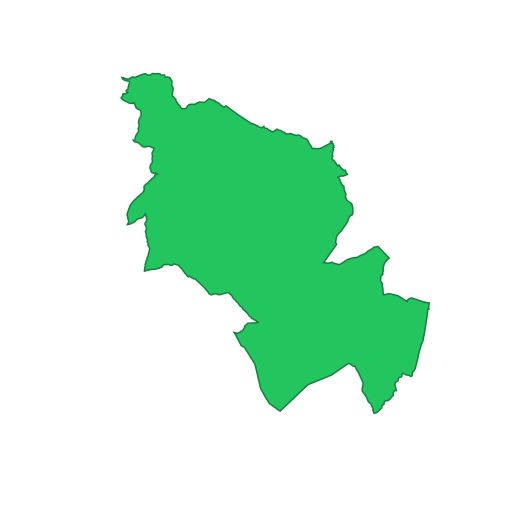 Juan N. Méndez, Puebla, Mexico, rotated 201°
{"feature_id": "50627088B59509159162106", "entity_name": "Juan N. Méndez", "entity_type": "district", "adm_level": 2, "iso_a3": "MEX", "parent_name": "Mexico", "parent_adm1": "Puebla", "projection": "mercator", "projection_center": [-97.745, 18.541], "detail": "fine", "context": "isolated", "style": "filled", "palette": "green", "viewbox_px": 512, "rotation_deg": 201, "n_neighbors": 0, "source": "geoboundaries", "source_scale": "gbopen_adm2", "svg_char_len": 6106}
<svg xmlns="http://www.w3.org/2000/svg" viewBox="0 0 512 512"><g transform="rotate(201 256 256)"><path d="M445.0,374.5L444.4,373.8L443.2,373.1L440.2,373.0L437.7,373.5L436.8,373.5L436.4,372.9L436.2,372.1L435.8,367.8L435.3,366.0L436.4,364.2L436.1,363.1L434.2,362.6L436.2,360.7L438.3,359.7L437.9,357.4L438.2,356.4L438.7,355.8L438.4,355.1L435.6,353.9L428.9,353.3L426.4,354.0L425.0,354.7L425.0,355.0L424.5,355.3L421.4,351.7L420.4,351.1L419.3,350.8L416.7,350.8L415.9,350.3L414.8,348.9L413.6,346.0L414.1,342.4L414.0,340.0L413.5,338.4L412.0,336.4L411.7,335.6L411.7,333.0L410.2,329.9L410.9,327.7L411.4,324.1L410.8,322.3L410.7,321.1L411.2,320.4L412.1,320.2L410.5,319.1L409.8,319.1L408.3,319.6L407.6,319.4L406.1,319.6L401.6,317.6L400.4,317.5L398.5,318.0L396.2,319.8L394.1,320.5L392.8,319.9L391.6,320.0L390.5,320.4L389.8,319.4L389.6,318.4L389.9,315.1L389.6,314.0L388.5,312.4L387.8,309.3L386.5,307.1L386.4,305.7L387.1,303.3L387.1,302.4L386.5,300.2L383.8,296.9L383.1,296.5L381.3,296.5L379.8,297.4L377.5,297.2L378.9,296.1L379.5,295.0L379.0,293.6L381.0,290.7L381.4,289.2L382.1,288.1L383.3,285.2L384.8,283.1L385.4,281.2L385.3,280.3L383.9,277.2L384.8,273.8L387.6,268.7L390.0,263.5L391.6,258.5L391.4,248.8L387.1,242.3L387.3,239.2L384.2,241.3L383.5,242.5L382.0,243.5L380.5,246.6L380.2,247.9L376.0,250.9L375.0,253.1L374.3,255.8L370.9,251.1L370.8,249.6L371.2,247.9L371.2,246.0L368.8,243.6L368.3,242.8L367.9,241.8L368.0,239.2L366.3,237.1L365.6,235.2L364.6,233.8L363.0,232.2L362.6,230.1L361.6,229.5L360.6,228.4L361.0,228.0L360.8,227.5L358.5,225.5L357.9,224.6L357.2,220.7L357.1,218.4L356.7,217.0L357.1,215.5L356.6,214.1L356.8,213.1L356.4,208.6L355.7,206.4L355.6,204.7L355.1,203.8L355.0,202.1L354.2,202.0L352.8,203.5L348.4,206.2L346.6,206.8L344.2,208.3L343.3,209.3L342.0,210.0L340.0,211.8L339.2,214.7L334.9,216.6L331.5,216.9L329.4,219.4L327.2,219.4L325.0,219.7L323.8,218.8L320.7,217.4L315.6,214.1L314.7,213.9L312.9,212.7L311.5,212.3L311.0,213.2L305.9,212.3L304.9,212.9L294.5,208.7L288.2,205.4L286.2,203.9L285.3,203.7L283.8,203.7L280.2,206.5L277.2,206.4L276.1,206.8L269.4,211.7L267.9,211.7L264.9,210.6L261.6,208.2L258.8,207.0L257.8,206.3L256.4,206.0L253.1,203.7L250.5,203.0L249.7,202.0L248.4,201.4L244.4,200.0L240.4,197.4L238.8,197.3L237.9,196.4L237.1,196.2L235.9,196.1L234.9,195.8L233.0,195.7L231.9,195.2L230.6,195.3L229.5,194.9L230.3,194.9L232.1,193.6L239.7,190.2L239.9,189.1L241.3,186.9L241.1,185.9L241.4,183.0L242.0,181.4L243.0,180.3L243.9,178.8L245.5,177.3L249.0,176.7L247.1,175.4L237.8,167.1L233.9,166.5L218.1,154.5L204.2,134.0L197.0,127.9L190.4,123.0L177.9,119.8L161.4,154.5L142.8,172.0L131.4,188.6L129.4,189.0L126.4,188.1L125.5,188.0L124.5,188.4L123.5,188.0L121.4,185.9L119.6,184.8L111.0,176.4L110.2,175.2L109.3,170.1L108.4,168.0L102.4,163.9L98.9,160.2L95.6,158.8L91.9,155.3L91.8,154.0L89.3,151.4L87.0,153.3L86.3,154.6L85.6,156.3L84.2,159.0L84.2,159.8L84.7,160.9L84.6,161.8L83.3,163.5L83.9,164.7L83.7,166.2L82.9,167.6L81.3,168.1L80.2,169.1L77.9,175.4L78.7,177.3L78.7,179.5L78.1,180.0L76.9,180.4L76.8,180.7L77.7,182.1L80.2,185.5L80.5,187.4L80.1,188.5L78.7,190.5L79.2,192.3L79.2,193.3L78.7,193.9L77.0,195.2L76.8,195.6L77.3,198.1L77.1,198.8L76.0,199.3L73.7,198.8L70.5,199.4L68.4,199.0L67.6,199.6L67.3,200.7L68.2,204.1L67.4,205.8L67.0,208.0L68.4,219.5L68.9,221.3L69.8,231.6L69.8,238.1L70.2,238.8L71.2,244.9L74.7,261.1L75.9,265.9L76.6,267.8L75.5,268.3L76.5,270.2L77.4,274.2L82.0,273.4L81.9,273.1L85.9,273.1L95.7,272.6L96.9,271.8L98.0,270.5L98.8,269.0L98.7,267.6L108.4,269.7L110.3,269.7L118.2,268.6L119.9,267.6L121.9,265.9L123.3,265.6L126.2,271.6L126.9,272.5L127.9,275.3L129.5,276.6L130.7,277.2L131.8,280.8L132.2,281.4L131.9,282.7L131.1,283.8L131.0,284.6L131.6,285.3L132.0,288.6L133.2,290.8L133.4,295.1L133.0,297.2L132.3,299.0L130.8,301.7L145.5,308.6L146.5,308.3L147.0,307.5L148.7,306.8L149.2,306.3L149.8,304.7L153.3,300.7L154.2,298.5L155.3,297.0L158.7,293.9L160.8,291.1L162.9,290.1L165.7,288.4L168.3,286.4L170.1,284.5L174.4,278.4L175.7,277.7L180.1,277.2L182.9,277.4L186.0,275.0L188.1,274.7L190.5,273.9L184.9,295.9L186.7,297.4L187.7,303.0L187.6,304.1L186.9,306.5L185.3,310.2L182.8,320.7L183.0,326.3L181.0,328.9L180.8,329.6L181.0,331.0L182.9,335.6L185.2,338.9L187.2,339.7L187.9,339.6L190.2,340.2L190.9,340.4L192.4,342.1L193.1,342.3L193.6,343.2L194.1,345.7L198.0,350.3L198.7,352.3L199.1,352.6L200.6,352.9L203.8,355.7L205.3,357.6L206.8,358.6L207.7,358.9L206.0,360.7L202.6,362.3L199.9,364.9L200.9,365.7L201.5,365.7L203.3,368.2L204.5,367.4L206.1,367.9L208.3,368.8L211.2,370.7L212.1,369.4L216.9,372.8L218.8,373.4L220.3,374.5L220.6,375.3L219.9,376.3L220.6,377.2L221.3,379.4L221.6,380.6L221.8,383.1L222.9,384.4L222.1,385.4L222.6,385.9L223.0,387.2L224.0,387.3L224.3,388.4L225.9,388.5L225.6,389.8L226.0,390.2L227.5,389.8L226.9,388.0L234.2,379.7L237.0,378.2L240.0,377.4L242.0,376.4L242.4,376.7L242.8,377.4L245.6,379.4L250.1,383.1L252.7,383.4L254.0,383.1L255.0,383.2L255.8,383.5L256.2,383.9L259.2,384.3L260.1,384.1L261.3,383.2L262.6,382.8L267.2,382.8L268.2,382.4L269.9,381.2L271.2,381.1L272.5,380.6L273.3,381.5L273.9,381.6L275.7,381.4L277.7,382.0L280.1,381.6L281.3,382.0L282.0,381.9L283.5,379.5L285.2,377.8L289.0,378.3L289.4,378.1L291.0,378.9L293.6,378.7L294.6,379.2L295.1,379.8L296.3,377.9L299.2,377.4L301.2,378.1L301.9,378.0L305.0,378.3L306.7,378.3L307.2,377.9L324.1,381.6L337.8,385.4L339.2,383.1L341.4,384.0L342.6,384.1L344.4,384.9L346.0,385.4L348.8,385.6L349.5,386.1L351.7,386.3L352.2,385.8L355.2,386.1L356.3,386.0L358.5,381.7L359.4,380.8L363.8,379.5L365.9,377.8L367.1,375.8L369.8,374.9L372.3,373.7L373.0,372.9L373.7,371.4L373.8,369.5L374.6,368.5L376.5,367.4L377.8,367.1L378.9,367.2L380.6,368.8L382.0,369.3L384.0,370.5L386.3,372.2L387.1,373.6L388.8,374.3L390.0,375.1L390.4,374.9L391.4,375.7L392.2,377.5L392.9,381.1L393.6,383.1L396.0,385.3L397.0,389.0L400.5,391.7L403.1,391.3L404.2,390.5L404.9,390.5L405.7,391.7L406.4,392.2L407.1,391.7L409.5,390.9L410.7,391.5L412.0,391.4L413.4,391.0L415.3,389.9L417.9,389.4L419.5,387.1L421.8,386.1L424.4,386.5L425.4,386.1L428.0,384.2L432.6,379.6L435.8,378.7L436.2,377.9L437.6,376.6L438.0,375.6L440.7,374.8L443.9,374.9L444.4,374.5L445.0,374.5Z" fill="#22c55e" stroke="#15803d" stroke-width="1.5"/></g></svg>